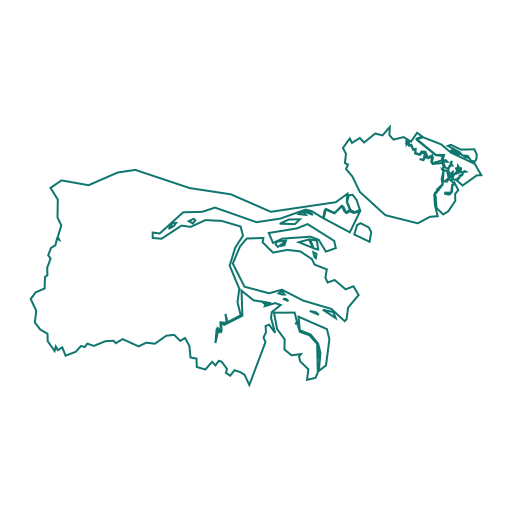 the district of Tana Tidung, Kalimantan Timur, Indonesia
{"feature_id": "22746128B22343651246279", "entity_name": "Tana Tidung", "entity_type": "district", "adm_level": 2, "iso_a3": "IDN", "parent_name": "Indonesia", "parent_adm1": "Kalimantan Timur", "projection": "equal_earth", "projection_center": [117.34, 3.554], "detail": "fine", "context": "isolated", "style": "outline", "palette": "teal", "viewbox_px": 512, "rotation_deg": 0, "n_neighbors": 0, "source": "geoboundaries", "source_scale": "gbopen_adm2", "svg_char_len": 6122}
<svg xmlns="http://www.w3.org/2000/svg" viewBox="0 0 512 512"><path d="M269.1,324.6L275.1,332.8L271.0,317.9L271.8,312.1L280.7,305.0L275.1,303.1L264.8,306.2L265.7,304.2L264.6,303.9L262.2,301.7L253.5,300.3L241.5,290.6L242.4,315.7L224.2,324.9L221.1,322.8L221.6,331.0L219.8,332.1L217.8,329.3L217.9,331.9L215.4,343.1L216.6,329.3L218.0,328.2L220.9,331.3L220.4,322.5L226.8,322.7L225.4,313.9L227.6,322.2L240.7,315.3L237.5,302.2L239.3,288.8L229.7,265.7L235.2,247.7L243.0,235.7L240.6,226.5L221.6,220.9L205.4,220.1L190.6,226.9L181.5,225.6L161.6,238.7L152.7,238.0L152.7,232.5L159.7,233.5L183.2,212.3L202.4,211.8L215.0,207.6L256.5,222.2L280.4,218.6L305.5,209.6L311.6,211.1L323.1,218.1L324.7,210.5L325.9,208.9L334.5,212.9L341.8,205.7L343.6,207.0L345.8,212.3L349.9,210.2L346.8,201.9L347.4,193.8L335.8,202.2L270.8,211.8L230.8,194.3L189.8,188.1L135.3,169.9L117.7,172.5L88.6,185.2L61.5,180.4L50.5,187.9L57.8,199.5L57.5,217.4L61.3,225.5L57.8,236.9L59.2,239.8L57.0,238.7L55.4,245.2L51.0,248.0L48.2,255.2L50.6,258.6L47.2,267.7L47.4,275.2L45.0,277.0L44.6,288.5L35.7,292.3L30.7,299.0L36.3,310.9L34.8,322.4L40.3,329.6L47.5,333.7L47.7,341.2L54.6,351.0L55.8,346.5L57.8,350.2L62.2,347.3L65.6,355.7L75.7,351.8L81.0,346.0L84.8,347.0L87.3,343.6L93.8,345.9L105.4,341.2L113.7,340.8L115.8,343.2L122.6,339.1L138.6,346.4L146.2,342.7L154.9,343.7L166.3,335.7L174.2,334.9L180.3,340.9L185.0,338.0L189.4,345.9L190.5,357.5L196.5,358.6L196.8,367.0L205.4,369.5L212.1,361.8L215.4,365.4L218.8,360.8L221.6,361.7L227.0,368.9L225.9,372.8L230.2,375.7L234.5,370.2L240.2,372.1L244.6,374.8L249.3,385.0L265.5,342.1L263.5,337.6L266.0,332.1L265.6,326.0L269.1,324.6ZM389.4,135.1L389.8,127.0L382.5,135.4L375.2,133.5L364.1,142.5L359.8,138.0L352.0,142.9L349.8,138.5L342.9,148.0L346.0,153.9L344.9,163.0L348.0,164.6L346.0,168.9L352.5,176.7L359.8,191.9L385.4,215.2L417.7,223.3L430.0,216.8L437.7,216.2L435.0,205.5L434.4,198.6L435.4,196.8L434.3,196.6L434.2,195.2L435.0,192.9L437.0,191.1L436.9,189.6L442.5,184.3L441.7,179.0L443.4,171.3L442.1,169.4L443.6,167.1L442.5,163.0L432.6,164.0L431.2,161.8L432.2,156.8L427.8,158.3L425.9,156.7L425.3,153.6L424.9,157.9L423.4,160.2L419.5,159.1L423.5,159.7L425.1,152.3L423.0,153.2L421.3,152.1L420.7,154.4L419.9,154.9L415.1,153.5L415.4,149.1L413.2,149.9L411.5,146.5L411.3,145.1L409.6,145.8L408.9,145.6L409.0,142.8L408.0,144.5L406.8,144.6L406.2,143.7L406.3,142.4L407.4,141.2L405.5,140.4L407.6,140.9L406.9,144.3L409.1,142.3L409.0,145.3L411.4,144.8L413.2,149.5L415.7,148.9L415.5,153.0L419.9,154.4L421.4,151.5L425.3,151.7L428.0,157.6L432.1,155.3L433.0,157.9L431.8,161.9L432.8,163.1L441.8,160.4L442.6,155.9L435.7,155.2L416.7,139.8L416.7,138.8L417.9,138.0L422.6,136.8L417.1,132.8L411.0,141.6L403.6,137.1L393.5,139.6L389.4,135.1ZM263.4,238.0L246.8,238.5L240.0,246.4L232.8,263.6L244.5,286.7L269.1,293.3L281.9,289.7L303.2,300.6L331.3,308.9L344.7,321.2L346.6,319.2L348.1,307.6L358.6,295.0L353.5,286.3L345.6,289.3L334.6,280.0L327.6,282.5L325.4,277.5L326.8,269.4L314.6,264.6L311.9,259.1L300.3,251.4L287.2,249.9L273.0,252.6L262.6,242.3L263.4,238.0ZM307.0,379.8L315.4,377.9L317.8,372.4L317.1,343.8L309.4,335.2L299.8,331.8L297.0,322.3L296.6,323.5L295.4,324.1L297.0,321.9L294.6,312.6L274.0,312.7L277.1,329.0L284.7,339.5L284.4,349.5L291.6,355.3L300.9,354.1L299.0,356.6L300.3,361.5L308.4,369.3L307.0,379.8ZM423.1,137.3L416.9,139.3L435.9,154.9L444.1,155.0L442.4,160.9L445.7,160.1L447.4,161.8L442.9,161.5L445.3,167.6L448.2,168.7L449.4,166.0L450.9,164.2L450.9,162.5L451.8,160.9L451.2,164.6L450.6,164.6L452.4,165.2L452.5,165.6L450.4,165.2L448.1,169.8L450.8,177.8L450.9,174.3L451.5,172.7L452.8,171.9L451.2,178.6L453.0,175.2L457.2,171.4L455.7,167.4L457.5,171.1L458.0,165.8L459.1,167.5L458.4,172.7L461.2,167.5L460.7,172.0L454.1,174.4L452.0,179.6L457.3,179.5L457.6,178.4L459.4,177.4L459.7,175.6L462.3,174.3L462.8,172.1L464.7,171.1L465.9,171.7L463.0,172.2L462.6,174.5L461.7,175.7L460.0,175.7L459.6,177.5L457.7,179.9L456.5,180.2L462.6,185.5L476.7,175.4L481.3,175.2L474.8,163.9L450.9,152.6L441.2,144.4L423.1,137.3ZM334.2,240.9L307.6,224.1L296.9,228.4L268.8,233.0L273.0,242.9L282.6,238.6L310.5,236.7L318.7,239.8L325.9,251.6L335.8,248.1L334.2,240.9ZM326.9,329.1L298.5,316.7L299.8,330.2L310.6,334.5L318.1,343.6L320.4,352.7L318.9,370.9L326.0,365.4L329.4,339.2L326.9,329.1ZM448.7,178.1L447.1,171.2L442.5,169.3L443.6,171.0L442.7,184.5L434.5,195.2L435.7,196.7L436.5,208.0L443.2,214.4L448.3,211.3L455.3,200.8L455.1,194.0L458.3,190.1L454.8,183.4L454.7,184.3L452.3,185.2L452.1,191.3L450.6,193.7L448.9,194.6L447.5,194.4L445.4,193.0L445.0,194.8L445.2,192.7L451.2,192.6L452.2,184.9L454.5,183.9L448.8,178.6L447.1,181.5L445.0,181.6L444.6,181.4L448.7,178.1ZM344.4,211.3L342.0,206.2L334.4,213.4L325.8,209.5L323.7,218.4L349.8,232.3L359.9,211.6L353.6,213.0L349.8,211.3L346.5,213.1L344.4,211.3ZM369.6,241.8L371.2,232.1L368.8,227.5L360.6,223.2L357.1,225.1L354.3,234.5L369.6,241.8ZM460.8,149.6L450.9,144.8L447.9,145.9L459.7,152.3L462.3,155.3L467.7,155.9L471.0,160.6L474.7,161.6L476.3,159.4L476.8,154.7L474.4,149.3L460.8,149.6ZM348.9,195.2L347.1,201.7L350.5,210.0L354.7,212.2L359.9,209.8L356.5,199.8L352.6,194.8L348.9,195.2ZM299.9,219.3L288.9,219.5L279.7,223.7L294.9,224.1L299.9,219.3ZM308.9,239.5L298.8,242.2L313.1,248.0L308.9,239.5ZM310.1,239.5L313.8,248.5L318.2,249.5L316.8,240.6L310.1,239.5ZM333.2,312.1L322.8,309.7L335.7,318.1L333.2,312.1ZM277.9,246.9L285.4,241.6L285.8,240.7L276.8,241.6L275.6,244.5L277.9,246.9ZM176.1,222.9L172.7,222.9L168.7,228.9L174.0,225.9L176.1,222.9ZM192.9,223.4L195.4,220.3L193.6,218.8L188.8,221.2L192.9,223.4ZM303.0,211.8L300.5,212.7L298.8,214.1L305.8,214.9L303.0,211.8ZM316.0,312.3L309.8,311.0L318.9,314.8L316.0,312.3ZM312.9,214.9L308.4,211.3L304.8,211.9L312.9,214.9ZM460.3,154.6L456.7,151.3L450.6,150.2L453.3,152.2L460.3,154.6ZM318.5,359.1L319.7,353.5L318.4,347.4L317.8,350.5L318.5,359.1ZM315.8,258.1L316.5,253.9L313.3,252.2L314.3,256.7L315.8,258.1ZM264.6,303.6L271.1,303.2L262.7,301.7L264.6,303.6ZM284.6,294.5L281.6,291.2L278.7,293.4L282.4,294.6L284.6,294.5ZM280.2,246.2L284.4,245.2L285.0,243.6L280.2,246.2ZM468.4,157.9L466.7,155.9L463.4,155.6L464.9,156.9L468.4,157.9ZM288.4,301.1L286.3,299.0L283.0,298.8L288.4,301.1Z" fill="none" stroke="#0f766e" stroke-width="2"/></svg>